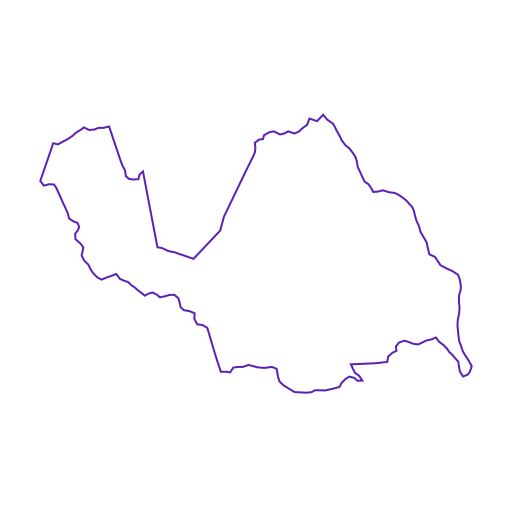 Itapajé, Ceará, Brazil, rotated 167°
{"feature_id": "56859067B91483000258384", "entity_name": "Itapajé", "entity_type": "district", "adm_level": 2, "iso_a3": "BRA", "parent_name": "Brazil", "parent_adm1": "Ceará", "projection": "albers", "projection_center": [-39.573, -3.737], "detail": "fine", "context": "isolated", "style": "outline", "palette": "violet", "viewbox_px": 512, "rotation_deg": 167, "n_neighbors": 0, "source": "geoboundaries", "source_scale": "gbopen_adm2", "svg_char_len": 2897}
<svg xmlns="http://www.w3.org/2000/svg" viewBox="0 0 512 512"><g transform="rotate(167 256 256)"><path d="M449.3,377.7L446.9,372.3L441.5,372.5L436.7,371.1L435.3,367.4L434.0,361.1L432.0,350.7L430.7,344.8L429.8,340.0L429.7,334.6L426.0,330.7L422.5,328.4L421.7,324.0L424.3,320.7L427.3,318.3L428.1,313.0L424.0,307.3L422.3,303.1L423.9,299.6L425.8,295.6L424.4,290.1L421.3,285.3L420.3,280.7L418.6,276.0L415.3,270.7L411.8,267.7L406.8,268.6L402.0,269.1L396.2,269.9L393.8,264.4L389.6,261.3L386.3,259.2L384.3,255.9L381.5,253.0L378.7,249.0L375.8,245.7L373.3,242.4L369.0,243.6L365.0,243.7L361.3,240.7L359.0,237.4L353.7,237.2L349.3,237.6L344.4,236.6L341.1,232.3L340.9,227.1L340.9,222.9L338.4,219.4L333.5,217.4L328.7,214.0L330.2,208.7L328.7,202.7L323.5,200.7L319.6,196.8L318.7,181.9L318.3,175.1L317.7,166.4L316.3,151.1L311.3,150.0L307.4,148.4L303.3,152.3L299.1,152.1L293.8,150.9L287.7,151.5L279.4,147.1L272.8,145.0L265.6,144.4L261.3,141.5L261.5,137.5L261.7,132.6L261.3,128.4L258.4,123.9L253.0,118.6L249.1,114.8L244.1,113.3L237.7,111.5L232.5,110.8L228.8,111.9L224.1,110.8L218.5,109.4L210.2,109.4L204.2,109.6L201.1,113.1L197.0,115.7L192.3,117.5L187.7,115.2L185.2,111.6L180.4,110.7L182.5,116.2L185.6,119.5L186.9,124.1L187.9,129.1L163.1,124.5L151.9,123.3L149.8,128.3L144.9,131.0L140.5,132.0L140.1,136.3L136.0,139.6L130.2,140.0L126.7,137.9L122.6,135.1L118.0,133.4L114.0,134.1L109.5,135.3L103.3,135.3L99.0,136.1L97.0,131.4L93.0,126.6L90.8,122.9L89.3,119.0L86.8,115.4L85.1,111.9L82.6,107.4L83.1,103.0L83.3,97.6L81.4,92.0L76.3,92.8L73.5,95.3L70.6,100.1L71.9,104.9L73.1,108.6L74.8,112.9L76.0,117.1L76.3,121.0L77.1,126.8L76.7,132.4L75.9,138.4L75.4,142.7L73.6,148.8L70.9,154.6L69.3,160.1L68.6,165.3L67.2,171.6L64.5,176.3L63.2,180.2L62.7,187.4L63.4,192.3L68.2,197.3L73.4,201.2L78.3,205.5L80.1,210.3L81.8,214.9L86.7,218.6L86.8,226.1L86.7,231.0L88.2,235.8L90.3,242.6L90.5,248.8L91.7,254.0L92.0,259.8L92.0,264.8L92.8,268.7L94.9,272.3L97.3,276.6L100.3,280.3L103.7,283.9L106.8,286.3L112.0,288.2L117.8,291.5L122.4,291.3L127.3,292.0L128.6,296.5L130.2,300.6L133.5,304.1L134.6,309.1L135.6,314.2L136.9,320.1L136.4,325.5L136.9,330.5L138.7,335.2L140.7,339.6L144.0,343.9L146.4,349.3L147.6,354.7L149.3,360.3L150.1,364.0L151.3,367.7L155.9,372.8L158.8,378.5L166.2,373.7L173.0,377.9L176.7,372.3L182.1,370.0L186.0,367.7L191.0,366.7L196.5,370.2L200.9,369.0L205.2,369.0L210.4,373.3L214.7,373.7L221.0,371.9L222.8,368.4L227.1,368.7L231.7,366.5L232.1,362.2L233.6,357.6L235.8,354.4L246.0,342.0L278.4,301.5L285.2,288.8L317.5,267.3L321.1,269.5L326.4,272.9L330.3,275.2L334.2,277.8L340.6,280.7L345.8,284.9L350.1,286.7L347.1,363.8L351.2,361.5L353.3,357.3L358.7,358.2L362.5,359.8L364.8,363.0L364.4,369.0L365.7,373.7L366.5,379.3L370.0,415.2L376.0,415.2L380.6,416.3L385.1,415.6L390.2,416.3L394.8,420.0L398.5,418.3L403.4,416.8L408.0,414.2L413.6,412.1L418.7,410.8L423.9,409.3L428.2,411.5L449.3,377.7Z" fill="none" stroke="#5b21b6" stroke-width="2"/></g></svg>